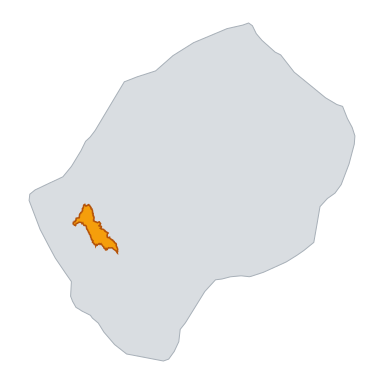 Ramoetsana, Mafeteng, Lesotho shown in context
{"feature_id": "5366337B15591495914188", "entity_name": "Ramoetsana", "entity_type": "district", "adm_level": 2, "iso_a3": "LSO", "parent_name": "Lesotho", "parent_adm1": "Mafeteng", "projection": "robinson", "projection_center": [27.537, -29.836], "detail": "fine", "context": "in_parent", "style": "filled", "palette": "amber", "viewbox_px": 384, "rotation_deg": 0, "n_neighbors": 0, "source": "geoboundaries", "source_scale": "gbopen_adm2", "svg_char_len": 6181}
<svg xmlns="http://www.w3.org/2000/svg" viewBox="0 0 384 384"><path d="M263.4,272.3L250.9,276.4L249.2,276.7L241.1,275.8L230.4,276.8L222.0,279.0L215.5,279.8L204.8,291.5L185.4,322.8L180.2,329.4L178.8,341.7L174.2,351.5L168.7,359.1L163.4,361.0L147.2,357.9L126.6,354.0L114.6,344.6L103.9,332.1L98.3,323.1L92.4,318.1L90.4,315.3L82.0,311.1L78.8,309.0L76.0,307.4L72.6,301.4L70.6,296.2L71.4,281.6L65.4,273.0L55.3,258.1L48.8,246.0L40.1,229.4L34.7,215.2L29.1,200.5L29.8,194.2L35.1,189.9L50.7,182.5L62.9,176.8L71.5,166.3L81.0,150.7L85.6,141.3L90.2,137.0L95.2,130.4L104.0,115.7L113.8,99.3L124.3,81.8L137.5,76.7L155.6,70.9L173.0,55.6L193.7,42.6L227.1,28.6L242.7,25.1L248.6,23.0L252.4,25.7L256.3,33.7L262.0,40.4L275.1,52.1L280.7,54.9L294.2,72.2L308.7,84.0L325.4,97.7L336.8,104.5L342.6,106.4L347.4,118.5L352.2,127.5L354.9,135.9L354.3,144.1L349.0,164.1L341.2,184.6L335.0,193.1L327.4,198.5L320.0,206.6L317.2,223.0L313.8,242.4L304.1,250.3L296.6,255.5L286.3,261.9L263.4,272.3Z" fill="#d9dde1" stroke="#a8b0b8" stroke-width="1"/><path d="M117.4,253.0L117.3,252.0L117.7,251.4L117.6,250.9L117.4,250.7L117.5,250.3L117.5,249.9L117.7,249.7L117.6,249.2L117.6,248.9L117.5,248.6L117.4,248.0L116.9,247.5L116.8,247.3L116.8,247.0L116.8,246.7L116.7,246.6L116.5,246.4L116.3,246.0L116.3,245.5L116.2,245.3L116.4,244.9L116.3,244.5L116.2,243.9L116.0,243.5L115.7,243.5L115.4,243.1L115.1,243.1L114.7,242.6L114.3,242.2L114.1,242.0L114.1,241.7L113.8,241.5L113.9,241.4L113.7,241.3L113.6,241.1L113.0,240.7L112.9,240.5L112.6,240.4L112.6,240.1L112.2,240.1L112.2,239.8L111.5,239.4L111.1,239.4L110.7,239.0L110.7,238.9L110.2,238.7L110.0,238.4L109.7,237.7L109.6,237.2L109.3,237.3L109.0,237.6L108.9,237.5L108.4,237.7L108.2,237.6L107.9,237.6L107.5,237.4L107.4,237.1L107.2,237.0L107.1,236.9L107.1,236.7L107.4,236.2L107.0,235.7L107.0,235.2L107.3,234.9L107.3,234.4L107.5,233.6L107.8,233.5L108.2,233.0L108.1,232.9L107.8,232.9L107.7,232.8L107.2,232.6L107.1,232.3L106.8,232.2L106.1,231.9L106.0,231.7L105.8,231.7L105.6,231.4L105.4,231.4L105.3,231.2L105.0,230.7L104.7,230.9L104.5,230.6L104.3,230.4L103.8,229.5L102.8,229.2L102.0,229.1L101.8,229.2L101.6,228.9L101.1,228.8L101.1,228.6L100.7,228.6L100.2,228.3L100.4,228.1L100.9,228.1L101.0,227.9L101.0,227.7L101.4,227.2L101.3,226.8L101.2,226.6L101.3,226.5L100.8,226.0L99.7,226.1L99.2,226.0L98.9,225.8L99.1,225.5L99.7,225.1L99.9,224.8L100.1,224.4L100.4,224.2L100.6,223.5L100.3,223.1L99.9,222.9L99.3,221.8L99.1,221.8L98.4,222.2L97.3,222.7L96.9,222.3L96.5,222.2L96.3,222.0L96.0,222.0L95.7,221.7L95.3,221.8L95.1,221.7L94.5,221.4L94.2,220.9L93.9,221.0L93.6,220.9L93.7,220.6L93.6,220.4L93.5,220.0L93.5,219.7L93.8,219.4L93.8,219.2L93.9,218.8L94.0,218.8L94.0,218.4L93.9,218.2L94.0,217.8L93.8,217.7L93.9,217.4L94.0,217.3L93.9,217.1L93.9,216.7L93.7,216.5L93.4,216.4L93.4,216.2L93.5,216.0L93.4,215.8L93.4,215.5L93.3,215.3L93.2,215.4L93.1,215.1L92.9,215.1L92.8,214.9L93.1,214.4L93.2,213.7L93.1,213.4L92.6,213.2L92.7,212.8L92.5,212.7L92.5,212.4L92.6,212.2L92.6,211.6L92.4,211.1L92.5,210.9L92.4,210.6L92.4,210.2L92.2,210.0L92.0,209.5L91.9,209.5L91.8,209.4L91.9,209.2L91.5,209.2L91.3,209.1L91.3,208.8L91.0,208.5L90.9,208.1L90.6,207.6L90.6,207.3L90.8,207.3L90.6,207.0L90.6,206.8L90.3,206.6L90.1,206.3L89.7,206.0L89.7,205.4L89.1,205.1L88.6,205.2L88.6,204.6L88.4,204.6L88.3,204.8L88.3,205.0L88.0,205.0L87.1,205.4L87.0,205.7L86.3,205.9L86.1,206.1L85.9,206.1L85.6,205.9L85.5,205.5L85.2,205.3L85.1,205.1L85.0,204.9L84.9,204.8L84.8,204.5L84.7,204.6L84.4,204.7L84.4,204.9L84.1,204.8L83.9,204.9L83.8,205.1L83.8,205.3L84.0,205.5L83.8,205.7L83.5,205.9L83.5,206.1L83.5,206.5L83.4,207.3L83.0,207.7L83.1,208.1L82.8,208.3L82.8,208.5L82.5,208.6L82.5,208.9L82.4,209.0L82.5,209.1L82.6,210.1L82.4,210.3L82.5,210.5L82.3,210.9L82.4,211.0L82.1,211.3L82.1,211.5L81.9,211.8L81.7,212.1L81.4,212.2L81.2,212.4L80.8,212.5L80.7,212.9L80.7,213.4L80.4,213.4L80.3,213.6L80.1,213.6L79.8,214.0L79.6,214.4L79.5,214.8L79.6,215.3L79.5,215.5L79.3,216.1L79.4,216.4L79.3,216.5L79.4,217.0L79.2,217.4L79.3,217.6L79.0,217.9L78.7,217.8L78.4,217.9L77.8,217.9L77.0,218.2L76.5,218.1L76.2,218.0L76.0,217.7L76.1,218.2L76.1,218.5L76.3,218.8L76.1,219.2L76.1,219.4L75.9,219.7L76.0,220.2L76.0,220.5L75.5,220.6L75.2,221.6L74.2,221.4L74.0,221.8L73.9,222.3L73.6,222.7L73.4,223.0L73.2,223.3L73.1,223.9L73.3,224.0L73.3,223.8L73.5,224.1L73.7,224.3L74.0,224.5L74.1,224.9L74.4,225.0L74.5,225.2L74.7,225.3L75.0,225.3L75.5,225.6L75.8,225.1L75.8,224.9L75.9,224.2L76.0,224.0L76.1,223.9L76.4,223.5L76.9,223.4L77.2,223.4L77.3,223.3L77.7,223.1L77.9,222.8L78.6,222.6L78.7,222.3L79.0,222.1L80.0,222.3L80.5,222.3L81.4,222.5L81.9,223.3L81.9,223.7L82.1,223.7L82.5,223.4L82.8,223.4L82.9,223.2L83.2,224.1L83.6,224.5L83.9,225.4L84.4,225.5L85.1,225.4L85.2,225.5L85.6,225.4L85.9,225.7L86.1,226.1L86.3,226.3L86.4,226.6L86.3,226.8L86.6,228.2L86.6,228.6L86.9,228.8L86.9,229.1L87.0,229.1L87.2,229.4L87.6,229.7L87.6,230.0L87.6,230.4L87.9,230.7L88.0,231.1L88.2,231.3L88.4,231.4L88.6,231.7L88.5,232.3L89.2,232.9L89.1,233.3L89.3,233.6L89.2,233.6L89.3,234.0L89.8,234.5L89.9,234.8L90.0,234.9L90.3,234.9L90.4,235.0L90.5,235.5L90.7,235.9L90.5,236.2L90.5,236.5L90.8,236.9L90.7,237.1L91.5,238.5L91.5,238.8L91.3,239.0L91.6,239.4L91.6,239.6L92.2,239.9L92.3,240.0L92.1,240.0L92.1,240.3L92.2,240.6L92.5,240.7L92.6,241.2L92.9,241.3L92.9,241.7L92.6,241.9L92.5,242.3L93.0,242.6L93.5,243.2L93.6,243.3L93.7,243.2L94.1,243.6L94.0,243.9L94.2,244.2L94.4,244.0L94.5,244.0L94.6,244.6L94.8,244.6L95.8,245.0L95.8,245.9L96.2,245.2L96.3,244.5L96.4,244.4L96.6,244.5L96.9,244.8L96.9,245.0L97.1,245.3L97.3,245.2L97.5,244.6L98.0,244.4L98.3,244.3L98.8,243.7L99.1,243.5L99.5,243.7L99.7,244.0L99.9,244.4L100.0,244.5L100.1,244.4L100.3,243.9L100.8,243.7L100.8,244.0L101.2,244.1L101.4,244.3L101.7,244.4L102.0,245.1L102.3,245.4L103.1,246.5L103.5,246.7L103.7,246.8L103.9,248.0L104.6,248.4L105.1,249.0L105.4,249.3L105.4,249.5L105.5,249.8L105.7,249.7L105.9,249.7L106.0,249.3L106.1,249.6L106.3,249.6L106.5,249.8L106.6,249.7L106.7,249.4L106.8,249.6L107.2,249.6L107.3,249.5L107.5,248.9L108.0,248.3L108.4,247.7L108.9,247.7L109.4,247.9L110.0,247.9L112.2,247.8L112.7,248.1L113.1,248.8L113.4,249.0L114.5,249.8L114.8,250.0L115.8,250.7L116.3,251.4L116.9,252.3L117.0,252.6L117.4,253.0Z" fill="#f59e0b" stroke="#b45309" stroke-width="1.5"/></svg>